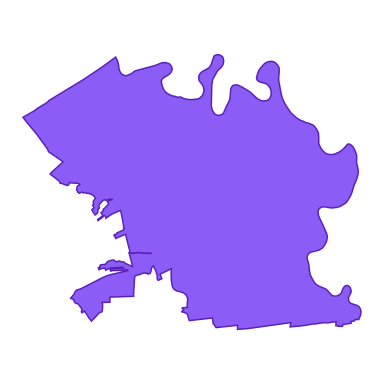 Trifesti, Iasi, Romania
{"feature_id": "2599482B92567311589859", "entity_name": "Trifesti", "entity_type": "district", "adm_level": 2, "iso_a3": "ROU", "parent_name": "Romania", "parent_adm1": "Iasi", "projection": "mercator", "projection_center": [27.494, 47.452], "detail": "fine", "context": "isolated", "style": "filled", "palette": "violet", "viewbox_px": 384, "rotation_deg": 0, "n_neighbors": 0, "source": "geoboundaries", "source_scale": "gbopen_adm2", "svg_char_len": 5920}
<svg xmlns="http://www.w3.org/2000/svg" viewBox="0 0 384 384"><path d="M358.8,319.5L360.5,315.3L360.8,314.1L361.0,311.4L360.4,308.8L358.9,306.6L357.6,305.6L351.1,303.5L349.9,302.6L349.1,301.7L348.7,300.6L348.5,298.0L348.8,296.8L351.0,292.5L351.2,291.3L350.6,288.5L350.0,287.3L348.1,285.6L347.2,285.4L345.9,285.6L344.7,286.2L343.2,288.1L341.3,292.9L340.2,294.2L337.6,295.8L334.9,296.2L332.3,295.6L330.9,294.4L327.6,290.6L325.4,288.8L318.9,286.1L316.5,284.6L314.5,282.7L311.7,277.8L310.3,274.8L309.4,270.3L308.8,264.3L307.2,258.8L307.1,256.6L308.2,254.1L310.4,252.3L318.8,250.2L322.1,248.3L323.1,247.2L325.2,244.1L326.1,242.4L326.7,240.8L327.3,237.4L327.1,235.2L326.6,233.4L321.5,221.9L319.7,218.4L318.7,215.9L318.2,213.4L318.1,211.2L319.0,208.8L321.1,207.3L322.3,206.9L325.3,206.9L330.1,207.8L332.4,207.9L337.1,207.4L340.3,206.3L345.6,203.1L347.5,200.9L350.7,195.5L351.8,192.8L353.9,185.8L356.6,179.5L357.8,175.3L358.3,172.1L358.0,168.6L356.6,163.2L356.7,156.5L356.4,154.4L354.7,149.8L352.9,146.6L350.5,144.6L349.2,144.0L347.9,144.1L347.2,144.6L344.4,147.9L342.4,149.8L339.7,151.8L335.4,153.8L333.3,154.4L330.4,154.6L327.4,154.1L326.0,153.6L323.1,151.1L320.8,148.2L318.9,144.0L318.7,140.5L318.8,137.7L318.4,132.7L316.7,129.4L314.7,126.6L313.4,125.3L309.2,123.4L306.7,122.8L299.5,119.8L296.2,117.6L291.1,113.0L286.7,106.7L284.7,103.3L283.2,100.3L281.3,94.6L278.7,80.5L278.8,76.1L279.2,71.9L279.1,67.8L277.7,65.2L275.7,63.0L274.4,62.1L272.7,61.5L270.9,61.3L268.4,61.7L266.4,62.4L264.3,63.8L260.3,68.3L258.8,70.6L257.8,73.1L256.5,77.4L256.7,78.7L257.2,80.0L258.1,81.1L260.7,82.3L265.0,83.3L267.0,84.3L267.9,85.0L270.0,87.9L270.7,89.4L271.1,91.2L271.2,94.5L270.9,95.6L270.3,97.2L269.5,98.6L268.5,99.6L267.2,100.4L265.6,100.8L263.6,101.0L261.0,100.6L257.9,99.0L256.2,97.7L250.3,92.2L247.0,90.0L241.9,87.0L237.6,85.0L236.4,84.8L233.7,85.2L232.7,85.6L231.7,86.9L231.1,88.1L230.7,89.5L230.2,96.0L229.7,99.7L225.9,107.6L223.5,113.0L222.6,114.0L220.1,115.2L218.5,115.3L216.9,115.1L215.0,114.1L213.7,112.5L212.3,110.3L211.7,108.0L211.3,105.1L211.8,85.4L212.6,79.8L214.7,75.7L217.7,70.6L221.3,67.2L223.0,64.8L223.6,62.0L223.6,60.4L223.3,58.8L223.0,57.6L222.3,56.6L220.3,55.1L217.4,54.6L215.4,55.2L214.4,55.8L213.8,56.7L211.0,64.8L210.2,66.4L208.8,67.8L206.7,69.2L204.0,70.5L201.5,72.1L200.2,73.5L199.3,74.9L198.9,76.1L198.8,77.3L198.8,79.2L199.1,80.5L202.5,85.1L203.4,87.1L203.8,89.1L203.8,91.2L203.3,93.3L202.5,95.2L201.6,96.4L200.2,97.7L198.3,98.9L192.0,99.6L188.6,99.5L183.4,98.5L181.9,97.5L180.1,96.9L177.6,97.3L175.1,96.4L171.1,95.5L167.1,93.3L164.9,91.3L163.5,89.2L162.0,85.1L161.4,82.0L161.5,80.7L162.0,79.4L162.5,78.7L163.9,77.6L168.7,74.7L170.8,72.7L171.8,70.8L172.2,68.9L171.8,67.3L171.1,65.8L169.4,63.8L165.8,62.6L162.1,62.7L155.1,65.5L135.0,70.9L131.3,73.7L126.1,75.8L122.2,74.6L120.2,72.1L119.0,68.8L118.5,64.6L117.7,61.5L115.7,57.1L102.0,67.1L83.5,79.5L49.3,100.3L46.8,102.7L36.4,109.0L36.1,109.7L23.0,117.3L25.7,120.9L36.6,134.1L45.1,145.7L47.7,149.6L48.6,151.8L63.1,161.8L51.9,172.0L50.1,174.0L58.8,180.8L59.7,181.7L60.1,183.3L61.9,183.4L64.8,184.8L65.4,184.7L66.2,185.1L66.6,185.1L67.1,185.5L68.6,185.0L69.4,183.0L69.9,182.4L70.8,182.9L77.6,183.3L79.8,184.2L79.2,185.3L78.3,185.5L77.3,186.2L76.6,189.7L77.7,192.0L79.2,193.3L82.0,192.0L83.2,193.0L85.0,192.6L86.6,193.3L88.5,193.3L89.9,193.9L91.1,194.1L93.4,195.6L95.1,197.6L95.3,198.5L93.4,201.0L93.2,201.7L93.5,203.3L93.3,204.4L92.6,205.3L93.4,206.4L93.9,207.8L91.8,209.7L93.1,212.1L95.1,215.0L97.3,213.3L97.7,212.5L97.9,209.5L99.3,208.3L99.4,207.8L98.9,206.4L99.2,204.7L101.6,201.9L104.0,199.6L104.5,199.7L105.2,200.3L107.1,200.0L109.8,199.0L112.1,199.3L112.2,199.7L108.9,200.7L107.2,201.7L108.7,203.9L105.1,207.7L103.1,209.4L103.2,210.9L101.0,212.7L102.9,215.6L97.6,219.6L98.0,220.6L104.7,215.6L105.5,216.2L105.8,216.8L105.9,218.2L111.9,214.1L120.6,210.4L122.5,219.4L124.0,228.8L123.4,229.0L123.6,230.0L117.1,232.8L117.2,233.7L114.1,234.9L114.0,235.2L114.2,235.8L114.8,235.8L114.9,236.0L115.0,236.8L115.7,238.4L125.5,234.3L130.2,252.7L133.7,253.2L136.4,252.6L139.3,252.4L142.5,253.1L150.9,253.1L151.0,253.4L142.0,253.3L139.3,252.6L132.9,253.5L129.0,252.8L131.1,260.3L132.5,266.5L125.7,263.6L123.9,262.0L120.9,261.7L119.6,261.0L118.3,261.1L116.1,261.9L113.7,259.9L111.3,260.3L108.0,261.3L106.9,262.2L106.2,263.7L105.1,264.3L100.9,264.8L100.2,265.2L99.8,266.0L100.2,267.1L98.3,267.7L98.9,269.7L102.2,268.4L104.9,268.3L105.2,268.3L105.7,270.2L108.1,269.0L111.1,268.0L120.4,267.3L123.3,267.4L123.7,268.3L112.2,268.9L110.1,269.4L110.7,271.1L112.5,270.6L122.1,270.4L127.2,269.8L127.6,269.9L127.8,270.7L111.2,274.5L107.3,275.6L102.4,277.7L80.8,288.8L76.6,290.1L75.2,291.5L74.1,294.1L70.6,298.3L71.1,298.7L72.8,298.8L73.0,299.4L74.2,300.6L74.5,302.2L75.0,302.8L76.0,303.4L77.7,303.8L78.3,304.2L81.6,308.6L81.9,310.0L81.4,311.0L81.4,311.7L81.9,312.8L84.5,311.2L87.3,315.2L88.7,317.7L91.5,321.1L99.5,312.6L102.0,311.8L102.4,310.4L102.6,306.1L102.6,304.9L102.2,302.4L109.9,302.3L109.9,297.1L133.7,296.3L133.6,293.8L134.7,276.3L136.7,275.2L138.9,274.8L143.2,273.1L146.8,273.1L147.7,274.0L150.2,273.5L151.4,269.7L151.6,267.7L153.1,266.1L153.8,266.1L154.2,268.1L155.6,270.3L157.3,275.9L157.1,277.8L157.3,279.1L157.5,279.2L157.6,279.8L158.3,280.3L161.8,278.8L160.2,273.9L162.8,272.9L171.3,268.7L171.1,272.7L171.4,281.1L172.3,286.2L173.2,288.1L173.9,289.1L175.4,290.3L176.9,291.0L181.8,292.2L183.7,293.0L186.3,295.2L187.7,298.6L187.2,304.9L187.2,307.4L182.5,307.8L182.2,308.1L182.6,308.3L183.4,309.6L183.1,310.3L181.9,311.3L181.9,311.8L182.2,312.1L183.7,312.1L187.0,313.9L187.7,315.4L189.3,320.6L212.4,318.0L213.2,323.8L214.0,324.4L216.0,327.6L237.5,325.3L237.5,329.4L248.5,328.5L290.8,322.6L290.1,326.9L301.9,325.8L307.4,325.0L311.7,324.1L315.5,323.9L322.5,322.8L327.9,322.8L336.0,321.7L335.9,325.8L338.2,325.8L338.2,326.3L342.5,326.4L342.6,324.6L351.1,323.3L351.0,321.6L354.6,320.8L354.6,319.9L355.0,319.6L358.8,319.5Z" fill="#8b5cf6" stroke="#5b21b6" stroke-width="1.5"/></svg>